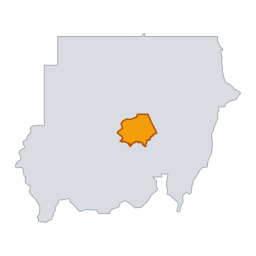 location of Gebrat Al Sheikh, North Kordufan, Sudan
{"feature_id": "16777658B91752448930430", "entity_name": "Gebrat Al Sheikh", "entity_type": "district", "adm_level": 2, "iso_a3": "SDN", "parent_name": "Sudan", "parent_adm1": "North Kordufan", "projection": "mercator", "projection_center": [31.456, 15.37], "detail": "fine", "context": "in_parent", "style": "filled", "palette": "amber", "viewbox_px": 256, "rotation_deg": 0, "n_neighbors": 0, "source": "geoboundaries", "source_scale": "gbopen_adm2", "svg_char_len": 5747}
<svg xmlns="http://www.w3.org/2000/svg" viewBox="0 0 256 256"><path d="M179.8,211.7L177.3,211.7L177.0,211.1L177.1,209.4L177.4,208.2L178.3,206.2L178.0,205.2L178.2,203.6L177.5,201.9L171.5,196.8L170.3,195.4L167.1,194.2L167.7,192.7L166.3,182.4L167.0,181.2L167.2,179.4L167.2,177.8L167.9,175.1L168.0,174.0L161.6,173.9L161.5,175.1L161.8,176.4L161.8,176.9L152.9,176.9L156.5,181.0L156.6,182.8L156.4,185.0L156.5,186.4L156.7,187.3L157.6,189.1L157.6,189.5L157.4,189.9L151.0,195.3L150.0,197.8L149.1,199.1L147.3,201.3L141.5,207.1L140.6,207.5L136.2,207.7L135.8,207.8L135.4,208.1L135.2,208.0L131.5,204.6L125.1,200.6L120.9,202.7L119.8,203.5L119.8,205.4L119.1,206.4L118.0,207.5L114.9,208.2L113.3,208.8L111.4,209.9L109.5,211.7L109.4,212.7L109.6,213.5L98.9,213.5L98.2,212.8L96.6,209.8L95.6,210.0L85.8,209.6L84.4,209.9L81.6,211.2L80.2,211.4L78.8,210.8L73.7,204.8L72.6,204.1L71.4,202.7L70.3,202.0L69.9,201.6L69.8,200.9L69.9,199.6L69.5,198.8L68.7,198.6L61.8,200.0L60.8,199.8L59.4,200.1L58.9,200.3L58.3,201.1L58.2,202.8L58.0,203.6L57.5,204.5L55.5,206.5L55.1,207.4L55.2,209.7L55.1,210.8L54.8,211.3L53.9,212.2L53.6,212.7L53.2,215.5L52.2,217.3L51.9,217.9L51.9,219.1L51.7,219.5L48.6,220.5L47.4,221.1L46.7,222.1L46.5,222.5L45.2,222.2L43.5,221.9L40.2,221.6L39.0,221.1L38.3,220.5L38.5,218.7L38.2,218.4L37.7,218.0L37.3,217.3L37.4,216.4L39.1,214.4L39.5,213.3L39.9,208.3L39.8,206.8L38.4,203.9L35.3,199.1L34.6,198.1L30.6,194.1L30.2,193.5L29.2,191.8L30.3,188.1L30.4,187.0L30.1,186.0L29.1,185.2L28.2,185.1L27.1,184.1L26.3,183.6L25.6,182.8L25.2,181.5L25.5,177.1L25.3,176.5L24.3,176.4L24.0,176.1L24.1,175.2L23.5,172.7L22.9,170.6L23.3,169.5L22.4,167.9L20.8,167.3L17.7,167.8L16.7,167.7L16.1,167.4L15.6,166.8L15.4,166.1L15.6,165.1L16.5,163.2L17.6,161.7L19.8,160.3L20.4,159.5L20.8,158.7L20.8,157.8L20.7,156.7L20.4,155.8L19.8,154.6L19.1,153.2L19.1,152.2L19.4,151.5L20.0,150.7L22.3,149.0L24.5,147.7L24.9,147.2L24.8,146.6L23.7,145.5L23.4,143.3L22.8,141.8L24.0,140.7L24.8,140.3L26.2,139.9L26.7,139.4L26.9,138.5L26.8,137.6L27.3,137.0L27.9,135.6L28.5,135.0L30.2,133.3L30.6,132.3L30.7,131.3L30.2,128.2L31.3,126.9L32.5,125.8L34.4,125.9L37.3,125.6L39.2,125.2L40.6,125.2L43.8,125.8L44.2,125.5L44.3,124.7L44.3,65.2L57.5,65.3L57.7,65.2L57.7,36.5L141.3,36.5L142.0,36.4L143.3,33.7L143.9,33.5L144.7,33.7L145.0,34.3L144.3,36.5L217.3,36.5L217.5,39.8L218.1,42.4L220.1,46.2L221.9,48.2L222.5,49.3L222.6,49.8L222.5,50.3L222.0,49.7L221.1,49.4L220.9,51.1L221.4,54.7L222.1,57.2L221.6,59.5L221.6,63.5L222.6,68.2L222.4,71.2L223.9,78.1L225.4,82.0L226.2,82.9L227.1,83.4L228.8,83.8L231.4,85.7L233.5,87.8L234.2,88.9L235.2,90.1L235.8,89.8L236.3,89.5L236.9,90.5L240.2,92.6L240.6,93.5L239.5,94.4L238.1,96.1L237.5,97.6L237.1,98.0L236.0,99.0L235.9,99.4L235.4,99.7L234.9,99.7L233.8,100.3L232.8,100.1L231.8,100.4L231.4,100.7L230.6,101.0L229.5,101.2L227.9,102.5L226.4,103.1L225.9,103.6L225.1,106.1L224.6,106.8L222.4,106.9L221.3,107.1L219.9,106.8L219.2,106.8L219.0,107.4L218.7,109.5L218.8,110.5L217.5,112.9L217.9,117.5L216.7,121.0L216.5,121.7L215.3,124.5L214.7,125.5L213.2,130.5L212.6,132.1L211.3,133.7L212.7,145.9L211.6,149.6L211.6,151.6L210.9,154.6L210.3,156.0L209.3,157.7L208.5,159.5L207.8,162.0L207.3,166.6L207.1,167.0L203.2,167.6L202.0,167.9L201.2,168.4L200.2,169.6L198.2,172.9L197.2,174.9L195.6,177.6L193.7,179.5L193.3,180.5L193.0,182.2L192.3,185.0L191.7,186.9L191.8,188.5L191.2,191.2L191.3,192.5L190.6,193.3L189.7,194.0L189.1,194.2L186.4,192.3L184.6,193.6L183.4,195.4L182.5,197.1L183.0,200.9L182.9,201.7L182.7,202.6L180.9,206.3L180.4,208.0L179.8,211.0L179.8,211.7Z" fill="#d9dde1" stroke="#a8b0b8" stroke-width="1"/><path d="M137.4,114.3L137.2,115.2L137.0,115.8L136.7,117.0L130.2,119.5L126.9,119.0L123.0,121.0L121.1,123.7L121.6,125.2L122.5,128.2L121.0,129.4L117.7,131.8L117.7,133.4L119.5,134.6L122.2,136.9L122.5,139.1L120.7,140.4L120.2,141.0L122.4,142.1L123.2,141.3L124.7,141.8L126.3,142.4L127.2,142.8L128.2,143.1L128.5,144.1L129.3,143.6L129.8,143.9L129.5,145.2L129.7,145.8L130.0,146.3L130.5,146.3L130.9,145.7L130.9,145.2L131.1,144.6L131.7,144.5L131.8,144.5L132.4,144.1L132.6,143.5L132.7,143.4L133.1,143.1L134.8,142.5L135.1,142.2L135.2,142.3L135.4,142.3L135.4,142.0L136.1,141.5L137.1,141.5L137.7,141.5L138.2,142.2L138.4,142.5L138.6,142.1L139.0,142.2L139.1,141.7L139.7,141.7L140.2,142.6L142.3,142.7L142.5,143.0L143.2,144.1L142.8,144.5L142.7,144.7L142.7,144.9L142.8,145.0L143.0,145.0L143.4,145.0L143.6,145.1L143.8,145.2L144.0,145.2L144.0,145.3L144.2,145.5L144.4,145.6L144.8,146.0L145.0,146.2L145.1,146.3L145.1,146.5L145.5,146.5L145.7,146.4L145.7,146.2L145.6,145.7L145.6,145.3L145.6,145.2L145.9,144.4L146.0,144.3L146.0,144.2L146.3,143.6L146.4,143.4L146.4,143.0L146.5,142.9L146.5,142.7L146.6,142.4L146.6,142.0L146.6,141.9L146.6,141.7L146.6,141.1L146.7,140.9L147.3,140.4L147.5,140.3L147.6,140.2L147.8,140.1L147.8,139.8L148.0,139.8L148.5,140.1L148.7,140.3L149.2,139.9L149.6,139.6L149.8,139.4L150.0,139.2L150.3,139.0L150.4,138.4L150.5,138.0L150.6,137.6L150.5,137.3L150.5,137.2L151.0,137.2L151.2,136.5L151.3,136.2L151.5,136.0L151.8,136.0L152.2,136.0L152.4,136.0L152.5,136.0L152.6,135.8L152.9,135.8L152.9,135.2L152.5,135.2L152.5,134.9L152.9,134.7L153.3,134.6L155.2,133.7L155.4,133.6L155.5,133.6L155.8,133.5L156.1,133.4L156.4,133.2L156.5,133.2L156.7,132.9L156.5,132.6L156.4,132.3L156.3,132.2L156.2,131.9L155.7,130.8L155.4,130.3L155.1,129.5L154.9,129.4L154.8,129.0L154.4,128.2L154.2,127.7L153.8,126.8L153.6,126.3L153.4,125.9L153.3,125.6L153.0,125.2L152.4,124.3L152.0,123.9L151.9,123.4L151.6,123.0L151.5,122.7L151.4,122.4L151.2,122.1L150.8,121.1L150.6,120.6L150.2,119.7L150.0,119.3L149.6,118.2L149.4,117.8L149.0,116.9L148.8,116.4L148.5,115.6L148.4,115.6L148.3,115.2L148.1,114.8L148.0,114.7L147.9,114.3L146.2,114.3L144.1,114.3L143.0,114.3L139.5,114.3L138.4,114.3L137.4,114.3Z" fill="#f59e0b" stroke="#b45309" stroke-width="1.5"/></svg>